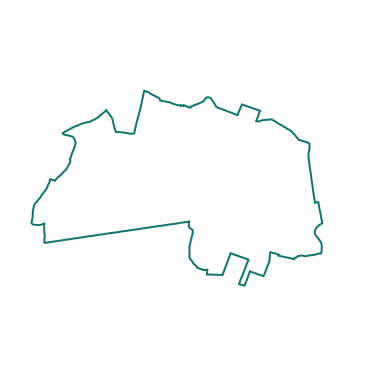 outline of Min Buri, Bangkok Metropolis, Thailand, rotated 201°
{"feature_id": "78962969B59018064980934", "entity_name": "Min Buri", "entity_type": "district", "adm_level": 2, "iso_a3": "THA", "parent_name": "Thailand", "parent_adm1": "Bangkok Metropolis", "projection": "orthographic", "projection_center": [100.755, 13.811], "detail": "fine", "context": "isolated", "style": "outline", "palette": "teal", "viewbox_px": 384, "rotation_deg": 201, "n_neighbors": 0, "source": "geoboundaries", "source_scale": "gbopen_adm2", "svg_char_len": 5936}
<svg xmlns="http://www.w3.org/2000/svg" viewBox="0 0 384 384"><g transform="rotate(201 192 192)"><path d="M70.5,227.8L73.4,226.1L77.5,233.2L81.6,240.7L83.8,244.4L84.3,245.3L86.1,248.8L88.5,253.1L92.3,259.9L93.9,263.1L95.5,265.8L96.5,268.2L96.9,269.5L97.3,270.1L97.3,270.7L97.3,271.5L97.6,273.0L97.7,274.4L97.9,275.1L98.3,275.8L99.3,278.3L99.8,279.4L101.6,279.6L105.4,279.4L107.4,279.2L108.0,279.3L108.2,279.2L109.9,279.1L110.9,279.0L111.2,279.1L114.5,280.9L116.1,282.0L117.4,282.7L118.8,283.2L119.8,283.8L120.4,284.2L122.1,284.5L123.9,285.0L125.3,285.0L126.1,285.1L127.4,285.6L128.7,285.8L130.4,286.0L131.1,286.1L131.6,286.3L132.7,286.5L136.0,286.7L138.6,287.5L141.3,287.9L143.7,288.2L144.2,288.2L144.6,288.0L145.7,287.5L147.2,286.6L151.1,284.8L151.8,284.3L153.2,283.3L154.5,282.1L154.9,281.8L155.1,281.7L156.9,281.4L157.5,281.3L157.4,285.5L157.6,290.3L157.5,290.9L157.5,291.6L157.5,292.3L159.1,292.2L176.8,291.6L177.1,280.1L195.4,280.1L196.0,279.9L197.6,280.0L199.7,280.3L200.0,280.4L200.3,280.6L203.5,283.2L206.6,285.3L207.5,285.8L208.3,286.4L208.7,286.5L210.9,286.3L211.1,286.2L211.5,286.0L212.2,285.2L212.8,284.6L212.8,284.4L212.7,284.1L213.2,283.4L213.4,281.8L213.7,281.3L215.1,279.5L216.0,278.5L216.9,277.4L217.9,276.7L218.6,276.1L219.8,274.7L220.0,274.6L220.8,274.4L221.2,273.6L221.9,272.8L223.3,271.8L223.5,271.4L223.6,270.7L223.8,270.0L223.9,269.9L231.0,270.1L231.0,269.3L231.1,269.1L233.6,269.1L233.6,268.3L235.3,268.1L239.6,267.7L241.8,267.6L243.3,267.7L244.9,267.7L246.4,267.5L246.8,267.3L247.2,267.2L249.7,266.9L254.4,266.0L254.6,266.5L254.8,266.7L255.9,267.5L257.1,268.0L257.9,268.1L263.0,268.5L265.7,268.8L267.3,269.3L268.2,269.6L269.5,269.8L269.9,269.4L270.2,269.3L272.9,269.4L270.4,253.3L269.8,248.5L268.6,237.1L267.1,226.4L267.0,226.1L269.4,224.6L270.0,224.5L272.1,224.0L273.7,223.7L277.9,222.9L283.5,221.1L284.6,220.7L286.4,222.9L289.2,226.7L291.3,229.9L291.7,230.5L292.9,232.2L294.6,233.4L296.0,234.2L298.9,236.2L299.9,236.5L301.1,237.3L301.4,237.6L301.6,236.8L302.0,236.1L303.1,234.2L303.9,232.8L305.8,229.3L307.2,227.0L308.6,225.1L309.4,224.2L310.8,223.0L312.2,221.4L313.1,220.5L313.4,220.2L314.5,219.8L318.4,217.0L319.3,216.5L322.8,212.9L325.9,210.1L327.7,207.9L329.5,205.8L331.7,203.5L332.9,201.8L333.8,200.6L333.1,200.1L332.9,200.0L331.1,199.8L330.6,199.8L328.6,200.3L327.5,200.5L323.7,200.8L323.4,200.8L322.9,200.7L322.4,200.4L322.0,200.2L320.7,199.2L319.8,198.2L318.5,196.7L318.3,196.2L318.1,195.5L317.7,191.5L317.8,188.2L317.9,185.6L317.9,184.5L317.6,182.6L317.5,181.4L317.5,180.7L317.8,179.6L317.8,179.0L317.8,178.8L317.6,178.4L316.4,176.7L316.3,176.2L316.3,175.6L316.7,173.8L317.0,171.8L317.3,169.2L317.6,167.8L318.0,166.9L318.9,165.1L319.3,164.2L319.9,162.6L321.2,159.6L321.8,158.8L322.8,157.0L323.3,155.8L323.7,154.1L324.0,153.4L324.3,153.3L324.5,153.3L327.8,153.3L328.3,153.2L329.1,152.9L329.1,152.6L328.6,150.6L328.5,149.9L328.9,147.4L329.0,146.4L328.8,144.9L328.8,144.3L328.9,143.5L329.0,142.9L329.2,142.0L331.3,135.3L331.4,134.2L331.7,132.4L332.6,130.0L333.2,127.9L334.2,125.7L334.4,124.8L334.5,124.2L334.4,122.0L334.3,121.0L334.2,119.8L333.8,117.8L333.6,116.9L331.9,111.7L331.0,106.8L330.6,105.4L329.3,104.8L328.9,104.8L328.4,104.8L327.0,105.1L326.1,105.4L323.0,106.2L322.4,106.5L321.4,107.1L320.5,107.9L318.6,109.5L316.1,102.9L314.7,99.9L313.8,98.3L313.6,97.8L313.1,96.6L312.9,95.3L312.6,94.0L311.4,91.7L310.7,92.1L306.6,94.3L304.0,95.8L299.2,98.5L298.4,99.0L297.0,99.7L293.4,101.9L291.2,103.1L288.8,104.3L288.5,104.5L287.4,105.3L282.6,107.8L280.7,109.0L276.4,111.4L274.2,112.8L271.7,114.1L268.5,115.8L268.2,116.0L263.9,118.5L260.3,120.4L258.7,121.4L255.2,123.4L253.8,124.2L250.7,125.9L249.2,126.6L248.6,127.0L245.6,128.7L244.3,129.5L242.0,130.8L241.5,131.1L238.8,132.5L237.2,133.5L233.8,135.3L230.9,137.0L228.4,138.3L225.1,140.3L219.2,143.5L218.8,143.8L216.7,145.0L215.3,145.8L213.6,146.7L210.8,148.3L207.5,150.1L201.4,153.6L200.3,154.2L199.2,154.8L195.8,156.6L191.4,159.3L186.2,162.1L184.5,163.2L184.1,163.5L183.9,163.4L183.9,163.0L183.9,162.0L183.7,161.1L183.2,160.3L182.7,158.9L182.4,158.6L181.9,158.2L180.7,157.4L180.2,157.3L178.1,156.9L177.7,156.7L177.5,156.4L176.7,153.8L176.4,152.8L176.3,150.8L175.9,148.6L175.7,145.9L174.8,140.8L174.5,139.4L174.2,138.3L173.5,136.7L172.7,134.8L171.6,131.9L170.9,130.0L170.4,129.2L170.1,128.9L169.1,128.5L169.0,128.4L168.4,128.2L167.1,127.4L166.4,126.8L165.4,126.0L164.5,125.5L163.1,124.9L161.8,124.5L161.1,124.3L160.5,124.0L160.1,123.1L159.5,123.2L159.2,123.3L156.2,123.2L154.4,123.3L153.7,123.5L153.1,123.4L152.8,123.5L152.6,123.7L149.7,124.7L148.7,120.3L133.8,125.5L133.8,132.9L133.9,139.1L134.0,148.7L132.8,148.7L129.3,148.7L120.2,149.0L116.8,149.0L115.6,149.1L115.0,149.1L114.9,149.0L115.0,148.6L114.9,147.2L115.0,146.2L115.1,145.5L115.1,143.4L115.1,140.5L115.0,136.9L115.0,134.4L115.1,134.2L115.1,133.5L115.0,132.2L115.2,129.1L115.2,126.0L115.1,123.9L115.0,123.4L115.0,122.8L109.5,123.4L109.3,125.9L109.2,127.7L109.4,132.9L109.5,138.6L95.1,139.0L94.9,144.4L95.0,145.5L94.9,153.2L95.1,155.9L95.2,156.2L95.4,156.7L95.9,158.6L96.5,160.4L96.7,160.7L97.1,161.9L97.2,162.6L97.4,163.4L97.4,163.8L97.1,164.0L95.3,164.1L91.8,164.5L89.7,164.7L89.0,164.8L88.9,164.8L88.7,164.7L88.7,163.6L86.3,163.8L77.9,165.2L75.5,165.6L73.7,165.7L72.6,165.9L72.5,166.4L72.6,166.9L72.5,167.2L72.1,167.7L71.9,167.8L71.5,168.0L71.1,168.3L70.7,168.9L70.5,169.5L70.2,170.0L69.5,170.5L69.0,170.7L68.5,171.1L67.1,171.8L66.3,172.1L63.2,172.7L62.4,173.1L61.8,173.4L60.7,174.2L59.2,175.2L58.2,175.7L57.5,175.9L55.6,176.9L51.8,179.9L50.6,180.4L49.5,180.8L49.6,181.4L49.6,181.6L49.8,183.1L50.6,185.6L51.5,188.2L51.7,188.7L52.9,190.4L54.0,191.5L56.2,193.1L57.7,194.1L59.8,195.1L60.4,195.5L61.2,196.1L62.2,197.1L62.6,197.6L62.9,198.5L63.1,199.2L63.2,199.8L63.3,201.5L63.3,202.0L63.2,202.7L62.8,204.0L61.7,206.2L60.9,207.4L60.2,208.3L59.4,209.2L59.2,209.6L60.0,211.1L62.3,214.4L63.8,217.2L66.8,221.8L69.0,225.3L70.0,227.1L70.5,227.8Z" fill="none" stroke="#0f766e" stroke-width="2"/></g></svg>